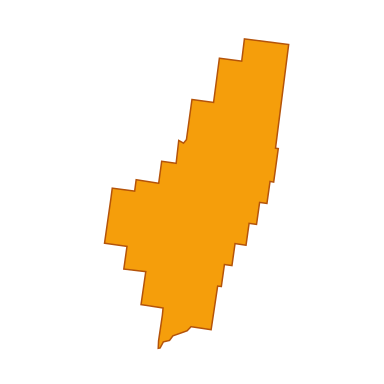 Hot Springs, Wyoming, United States of America (orthographic projection), rotated 278°
{"feature_id": "52423323B29926314501901", "entity_name": "Hot Springs", "entity_type": "district", "adm_level": 2, "iso_a3": "USA", "parent_name": "United States of America", "parent_adm1": "Wyoming", "projection": "orthographic", "projection_center": [-108.577, 43.77], "detail": "fine", "context": "isolated", "style": "filled", "palette": "amber", "viewbox_px": 384, "rotation_deg": 278, "n_neighbors": 0, "source": "geoboundaries", "source_scale": "gbopen_adm2", "svg_char_len": 747}
<svg xmlns="http://www.w3.org/2000/svg" viewBox="0 0 384 384"><g transform="rotate(278 192 192)"><path d="M173.6,112.6L129.1,112.5L129.1,135.2L106.2,135.2L106.7,157.3L73.4,157.2L73.1,179.5L65.8,179.8L40.0,179.6L32.5,180.3L33.1,182.1L39.6,184.5L41.9,190.4L46.9,193.1L53.9,206.5L58.5,209.8L58.3,230.1L102.4,230.5L102.5,234.2L124.7,234.2L124.7,241.8L146.9,241.8L146.8,252.9L168.9,252.9L168.9,260.4L191.1,260.4L191.1,267.8L213.3,267.8L213.2,271.5L244.2,271.4L247.0,271.4L247.0,268.6L351.5,267.2L351.4,259.8L350.9,222.6L328.5,223.0L328.3,200.5L283.7,200.9L283.6,179.1L243.1,179.2L239.2,176.8L241.2,171.7L218.2,172.3L218.2,157.7L196.0,157.8L196.4,135.0L184.9,135.1L184.7,112.5L173.6,112.6Z" fill="#f59e0b" stroke="#b45309" stroke-width="1.5"/></g></svg>